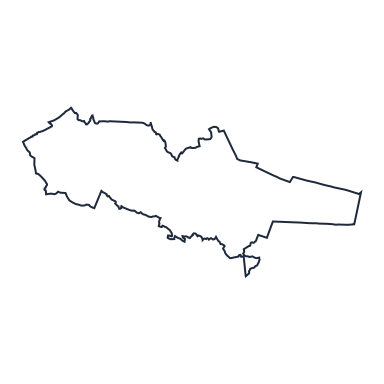 Tamboesti, Vrancea, Romania (orthographic projection)
{"feature_id": "2599482B45059786841433", "entity_name": "Tamboesti", "entity_type": "district", "adm_level": 2, "iso_a3": "ROU", "parent_name": "Romania", "parent_adm1": "Vrancea", "projection": "orthographic", "projection_center": [27.032, 45.517], "detail": "fine", "context": "isolated", "style": "outline", "palette": "slate", "viewbox_px": 384, "rotation_deg": 0, "n_neighbors": 0, "source": "geoboundaries", "source_scale": "gbopen_adm2", "svg_char_len": 5941}
<svg xmlns="http://www.w3.org/2000/svg" viewBox="0 0 384 384"><path d="M361.0,192.3L358.8,194.1L357.1,193.3L356.4,193.2L347.6,190.4L344.1,189.5L334.1,187.4L331.5,186.6L324.4,185.0L315.9,182.6L306.4,180.5L293.8,177.0L293.0,177.0L289.8,182.1L279.5,178.3L276.6,176.7L274.6,176.0L267.4,172.6L256.3,167.3L257.6,164.0L257.7,163.6L255.1,163.1L250.8,162.2L240.1,160.4L237.3,159.0L237.0,158.7L236.3,156.6L234.8,153.5L232.4,148.8L223.8,130.6L219.1,131.8L218.9,131.5L218.5,129.7L218.0,128.2L217.5,127.8L215.9,126.9L215.1,127.0L213.6,126.8L210.1,128.4L209.0,129.2L210.4,131.3L210.8,131.7L211.2,133.0L211.6,136.6L211.3,137.6L210.4,138.9L209.6,139.2L205.1,139.5L204.5,139.4L203.5,138.5L203.1,138.4L201.1,138.8L200.4,138.5L199.8,138.5L198.8,138.9L198.6,140.8L198.6,141.5L199.6,146.2L196.9,146.9L195.5,147.8L192.1,148.1L191.6,147.7L190.4,147.8L190.1,147.5L190.1,147.3L189.7,147.4L186.0,148.6L184.5,150.3L182.9,152.5L182.0,153.4L181.2,152.5L179.7,154.3L178.9,156.2L179.0,156.3L177.4,159.6L177.4,160.6L176.1,160.0L175.5,159.5L175.0,158.9L174.7,158.1L174.5,157.2L172.4,156.5L172.0,155.9L171.0,153.7L170.2,153.1L167.6,152.0L166.5,150.8L165.8,149.3L164.9,147.9L165.7,146.9L165.9,146.2L165.4,142.7L164.8,141.0L164.0,140.3L163.6,140.8L163.1,140.3L161.2,137.1L160.4,136.1L159.8,134.8L158.2,134.0L157.4,134.0L156.7,134.4L156.2,134.3L156.1,134.1L156.0,133.0L155.7,132.3L154.5,131.9L153.9,131.0L152.8,129.8L152.3,128.6L151.9,126.6L150.9,123.7L150.7,122.1L150.5,124.3L149.7,125.3L148.7,125.6L146.8,125.2L144.6,123.6L143.3,123.0L141.9,122.7L134.6,122.4L129.5,122.4L126.6,122.0L111.2,121.3L110.0,121.2L107.6,121.6L103.8,121.2L100.5,121.4L99.3,121.3L98.1,123.1L97.5,123.6L96.1,123.5L95.0,123.0L94.5,122.1L94.1,120.6L93.4,119.5L93.3,117.9L92.8,116.9L92.6,116.0L92.6,115.4L92.3,115.4L92.0,115.7L91.3,117.0L91.1,118.0L90.3,118.8L90.1,119.1L90.3,119.8L90.3,120.2L90.1,120.9L89.2,121.7L88.5,123.0L88.0,123.5L86.9,124.4L86.1,124.4L85.7,123.4L84.7,122.4L84.2,121.8L84.1,121.1L82.2,121.3L80.5,120.3L79.8,120.1L79.1,120.2L78.7,120.1L78.0,119.6L77.5,118.9L77.8,115.1L77.6,114.7L76.2,112.9L75.2,113.2L74.9,113.1L73.9,112.0L72.3,109.7L71.7,108.5L71.1,107.8L69.4,109.4L65.6,111.5L63.9,113.4L62.3,114.6L59.0,117.5L54.0,120.4L48.7,122.2L49.3,122.9L50.1,123.2L50.4,123.9L51.1,124.1L51.8,125.2L52.1,125.9L51.6,126.5L50.4,127.0L49.9,127.5L49.2,127.7L47.8,128.5L47.1,128.7L45.8,129.6L42.5,131.1L39.6,132.0L38.8,132.0L38.1,132.5L37.2,132.7L37.1,132.9L37.2,133.2L37.1,133.6L36.9,134.1L36.3,134.0L35.7,134.5L35.1,134.4L34.8,134.9L34.5,135.1L33.7,135.4L32.9,135.5L32.6,136.5L32.2,136.7L31.7,136.6L31.4,136.9L31.1,136.8L30.7,137.3L29.1,138.1L23.0,141.8L24.6,145.6L26.3,148.2L27.3,150.2L28.0,150.9L29.4,152.1L29.8,152.7L30.2,155.1L30.4,155.5L31.4,156.4L34.1,157.9L34.4,158.1L34.5,159.6L34.3,163.4L34.4,165.2L35.5,170.2L36.0,173.4L36.3,173.7L38.0,173.8L39.1,174.7L41.2,176.6L44.9,180.7L45.3,181.2L46.2,183.0L46.6,183.5L46.9,183.9L47.0,184.3L47.0,184.8L46.9,185.2L45.9,186.5L45.7,187.6L44.7,188.2L44.5,188.6L44.4,189.1L44.5,189.8L45.1,190.3L45.6,190.3L45.7,190.6L46.0,192.0L46.1,194.3L51.0,193.6L54.5,194.2L56.2,193.5L58.1,191.7L60.4,192.7L65.5,193.0L66.9,196.4L67.9,198.1L69.4,200.4L72.3,202.3L75.6,204.0L78.8,204.7L81.0,205.5L83.2,205.6L85.0,205.3L86.1,204.7L86.7,204.6L89.1,205.0L90.1,206.3L92.2,207.4L94.3,208.2L101.4,190.9L103.0,192.3L104.2,192.8L106.7,194.3L106.6,195.0L107.6,196.3L108.5,196.0L109.1,196.1L109.7,197.3L110.5,198.0L111.2,199.1L111.9,199.7L115.4,201.3L115.7,201.7L115.8,202.2L115.2,203.5L117.2,205.6L118.4,206.4L118.6,207.3L119.1,208.4L119.3,208.8L120.0,208.8L121.0,208.3L121.4,206.2L121.8,206.4L121.7,206.8L121.9,207.3L123.2,207.4L126.9,209.0L130.9,210.5L133.3,210.8L133.9,210.5L134.8,210.9L136.0,211.9L136.5,212.5L138.8,213.3L140.7,212.2L142.4,213.9L143.8,214.5L144.9,214.7L146.6,215.5L147.6,216.0L148.2,216.5L151.3,217.1L153.1,216.4L154.8,216.4L155.8,215.8L158.8,217.6L160.5,218.1L159.5,220.2L159.2,221.2L159.1,222.9L159.4,223.3L158.8,226.2L161.5,227.1L161.8,227.0L162.4,225.7L163.1,225.8L164.5,226.6L166.5,227.4L168.3,229.0L169.2,229.6L170.0,230.4L171.5,232.8L172.1,235.1L172.1,235.9L171.8,236.3L171.4,236.4L169.3,235.5L168.0,235.5L167.9,235.8L168.1,236.0L168.1,236.4L167.6,237.6L167.7,237.9L168.4,238.3L170.4,239.2L174.2,239.1L174.1,238.6L175.0,236.1L177.9,237.9L180.6,238.9L182.3,240.6L184.5,241.7L184.6,241.0L185.0,239.5L184.9,238.9L183.4,238.1L182.6,236.7L182.5,236.1L183.0,236.2L184.2,236.7L185.6,236.3L186.5,236.4L189.5,238.1L189.8,238.1L190.1,237.8L190.5,237.0L192.8,235.2L192.7,234.9L192.5,234.6L193.8,233.3L195.8,233.7L196.4,234.4L196.4,234.7L196.7,235.3L197.6,236.2L198.3,235.4L200.3,236.1L201.4,236.8L202.7,239.7L202.7,240.0L204.1,238.6L204.8,238.6L206.1,239.0L206.2,238.7L207.4,238.2L208.6,239.0L208.9,239.6L209.3,239.4L210.4,238.4L211.2,238.2L212.5,239.2L213.2,239.5L213.7,239.4L214.9,238.8L216.0,236.9L217.2,239.2L218.5,241.1L219.5,241.7L220.3,243.4L220.6,244.1L222.1,244.2L224.0,245.3L224.6,246.1L223.1,248.4L223.1,248.8L224.5,250.8L224.8,251.6L225.3,253.1L225.6,253.7L226.9,255.3L230.0,258.1L230.5,258.2L238.6,256.5L238.8,255.5L239.8,254.9L240.2,254.8L240.6,255.0L241.0,256.6L241.3,256.8L241.6,256.8L242.6,256.5L243.5,256.6L243.6,256.8L243.9,258.3L245.6,275.2L245.8,276.2L249.0,273.5L249.2,272.8L249.0,271.3L249.3,270.7L249.9,269.9L250.1,269.1L250.3,268.8L252.6,267.9L253.9,267.8L254.3,267.5L255.5,266.0L256.7,265.7L257.1,265.4L257.4,264.9L257.8,263.9L258.6,262.6L259.5,260.0L259.5,259.7L259.2,257.6L256.8,258.1L256.1,258.1L254.3,257.5L252.4,256.4L249.4,257.0L247.8,256.3L246.3,256.3L245.1,255.9L243.8,254.9L243.2,253.5L244.1,252.2L244.0,249.9L243.8,249.2L248.9,246.0L249.8,246.0L250.3,245.2L250.6,243.3L251.2,242.5L251.9,242.4L253.7,242.8L254.1,242.6L254.8,241.7L255.7,241.2L255.9,240.9L258.2,234.9L266.9,237.8L269.9,229.5L272.9,221.5L300.8,222.6L309.7,223.2L316.8,223.3L319.2,223.6L327.0,223.8L332.8,224.2L334.5,224.6L337.1,224.7L337.7,224.5L347.5,224.8L353.6,224.4L353.7,223.9L354.3,224.0L361.0,192.3Z" fill="none" stroke="#1e293b" stroke-width="2"/></svg>